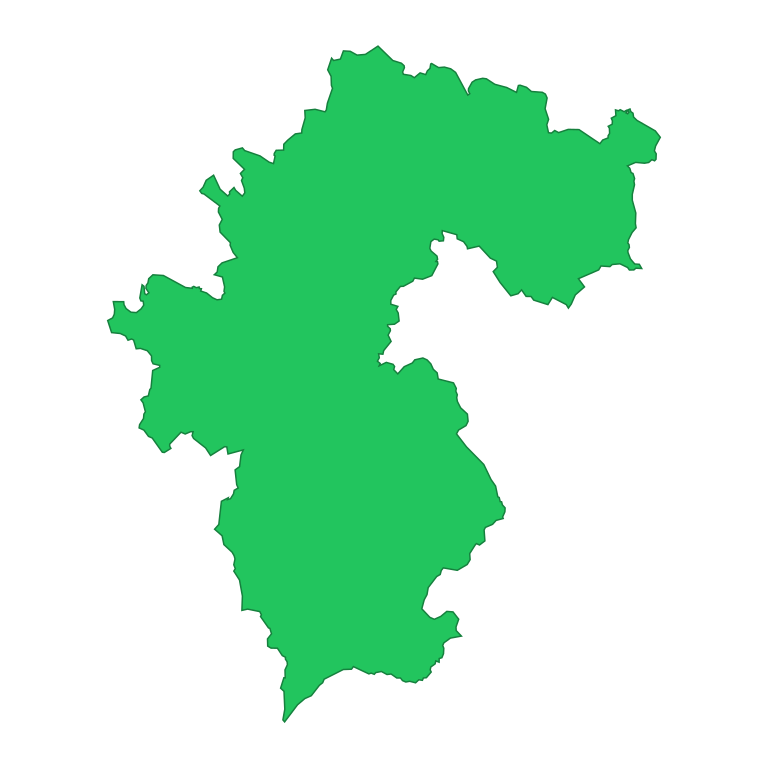 the district of Tullow Lea-6, Carlow, Ireland
{"feature_id": "5873133B62819927990234", "entity_name": "Tullow Lea-6", "entity_type": "district", "adm_level": 2, "iso_a3": "IRL", "parent_name": "Ireland", "parent_adm1": "Carlow", "projection": "mercator", "projection_center": [-6.709, 52.768], "detail": "fine", "context": "isolated", "style": "filled", "palette": "green", "viewbox_px": 768, "rotation_deg": 0, "n_neighbors": 0, "source": "geoboundaries", "source_scale": "gbopen_adm2", "svg_char_len": 6071}
<svg xmlns="http://www.w3.org/2000/svg" viewBox="0 0 768 768"><path d="M343.4,50.9L340.4,59.1L333.6,60.5L331.6,58.2L327.7,69.8L331.1,76.4L331.4,85.3L332.5,88.3L327.4,103.2L326.3,110.0L325.0,111.8L315.1,109.3L304.8,110.5L305.2,117.9L301.9,129.5L301.7,133.0L295.3,133.9L287.8,140.1L283.8,144.2L283.6,150.1L276.2,150.3L274.3,153.4L274.1,155.2L275.1,156.1L273.5,163.6L269.2,162.2L260.0,155.9L244.7,150.6L242.4,147.9L235.2,149.9L233.3,151.8L233.2,158.4L244.5,169.3L240.4,173.5L242.8,177.7L241.5,180.5L244.3,188.2L244.8,192.8L242.3,196.2L235.7,190.4L234.0,187.5L229.5,191.8L229.7,194.1L227.7,196.0L220.1,189.2L213.6,175.2L206.2,180.3L203.1,187.2L199.8,190.8L201.7,193.4L204.0,194.0L219.9,206.0L218.6,208.3L218.4,212.0L222.2,219.4L219.3,225.0L220.1,232.1L230.4,242.7L230.1,245.2L233.2,252.5L237.4,257.7L222.0,262.9L218.0,266.8L217.2,272.0L214.3,274.7L222.4,277.0L224.6,286.9L224.0,291.3L224.9,293.1L222.4,295.3L221.6,299.2L217.0,299.8L212.5,297.7L206.6,293.0L200.7,291.0L201.4,288.7L199.4,288.5L199.1,287.0L196.3,287.7L193.8,286.4L192.2,287.2L192.3,288.3L185.5,287.5L163.4,275.5L152.9,274.8L148.7,278.7L147.9,283.0L146.2,285.4L145.9,288.3L148.9,292.8L146.4,294.8L144.7,293.7L144.0,286.3L142.1,284.8L139.8,298.0L140.9,300.9L143.2,301.2L143.7,305.2L141.1,308.9L136.4,312.6L130.9,312.2L126.1,308.6L124.0,304.7L123.7,301.7L113.3,301.6L114.7,309.4L114.3,314.2L112.6,317.9L107.7,320.5L111.6,332.6L120.3,333.5L125.6,336.0L128.0,340.2L131.6,339.0L133.6,340.0L136.2,348.8L140.4,348.4L147.3,350.7L151.5,355.9L151.6,360.6L153.1,363.8L159.7,365.4L159.7,367.3L152.7,370.5L151.0,388.1L149.8,389.6L148.3,395.9L144.0,397.0L140.9,399.8L143.1,402.8L145.4,411.8L143.9,414.1L143.5,418.5L139.6,424.6L139.1,427.9L143.9,430.1L148.5,436.4L152.2,438.0L162.3,452.2L164.3,452.5L170.9,448.4L169.7,446.2L169.7,444.1L181.0,432.2L185.2,434.0L190.6,431.7L193.1,431.7L192.1,435.6L193.6,438.5L205.6,447.9L210.6,455.5L224.6,446.7L226.8,446.9L228.0,454.0L243.3,449.9L241.0,455.0L239.6,466.6L235.1,469.9L236.7,484.7L238.2,488.0L234.2,490.3L233.5,493.9L230.5,498.7L227.6,499.6L228.2,497.8L221.4,501.3L218.8,524.5L214.6,529.2L222.1,535.8L223.9,544.6L232.1,552.2L234.1,555.7L235.0,558.9L233.8,564.8L235.3,568.6L233.8,571.1L239.5,580.0L242.4,596.0L241.9,610.4L247.6,609.1L259.8,611.6L261.4,614.9L260.5,616.5L268.5,627.9L269.9,628.4L271.5,633.8L267.5,638.9L267.7,646.1L271.0,648.1L277.4,648.2L282.3,655.6L285.5,657.3L285.4,659.1L287.1,661.7L287.4,664.7L285.0,669.9L285.2,677.8L283.9,677.7L280.6,688.2L284.0,691.3L284.8,709.2L282.9,719.9L284.6,721.9L297.5,704.8L304.8,698.6L311.3,695.7L319.4,685.3L322.7,682.7L324.1,679.2L343.3,669.5L351.5,669.2L353.4,666.6L368.9,673.9L371.1,673.1L374.3,674.3L375.7,672.6L381.4,671.5L387.0,674.5L391.1,674.0L396.8,678.0L400.5,678.0L402.5,680.6L405.8,682.0L409.7,681.3L415.6,682.8L418.8,679.8L422.4,680.3L423.4,678.0L426.4,677.7L431.2,672.0L430.2,669.9L430.8,667.0L435.1,663.9L435.8,660.9L439.1,662.2L439.2,658.5L441.9,657.7L443.5,653.7L443.8,648.2L442.7,645.5L443.9,642.8L450.4,638.1L461.4,636.1L456.2,630.6L456.0,627.0L458.7,619.2L453.0,611.9L446.8,611.4L440.8,616.4L434.3,619.3L429.8,617.3L421.8,608.8L424.2,599.8L427.0,594.6L428.2,587.6L436.7,576.5L440.2,574.5L441.3,570.4L443.3,567.9L457.3,570.3L467.2,564.5L470.1,559.7L469.7,553.6L475.0,545.2L476.4,543.6L479.5,545.0L484.9,540.9L484.1,530.0L485.4,527.4L492.6,524.3L496.1,520.4L503.2,518.5L502.6,517.0L504.9,511.8L505.1,507.9L502.4,504.9L501.6,501.8L500.2,501.6L499.2,497.5L497.8,496.8L495.6,486.1L491.0,479.5L483.8,464.5L466.5,446.9L456.5,433.9L458.6,430.0L466.0,425.6L468.1,421.3L467.4,414.1L460.6,407.8L457.4,401.5L456.7,397.7L457.3,394.7L455.8,391.2L456.3,388.4L453.5,382.9L438.2,379.0L437.2,372.9L433.3,369.3L430.8,363.8L427.1,359.9L422.9,358.0L414.8,359.8L412.3,363.0L404.2,366.7L397.8,373.9L393.7,369.6L394.6,366.5L393.0,364.3L386.3,362.4L379.2,365.8L380.2,363.5L377.4,361.2L379.3,357.8L378.6,353.8L382.9,354.2L383.7,350.6L391.1,341.4L388.1,335.1L390.4,330.7L390.2,328.7L387.6,326.3L387.6,324.7L394.5,324.2L399.1,321.0L398.2,313.0L396.2,309.5L397.9,306.4L390.8,304.2L390.8,300.5L393.6,295.1L396.0,294.0L395.9,291.9L400.4,286.4L403.4,286.3L412.8,281.2L414.4,278.1L422.6,279.2L431.8,275.6L437.9,263.9L437.5,261.7L435.9,261.5L437.6,259.3L437.0,256.1L431.1,251.0L429.8,248.3L430.9,241.6L434.2,239.1L438.1,239.8L439.1,241.2L443.4,240.8L443.8,237.3L442.1,233.5L442.3,230.6L456.8,234.7L457.2,238.8L463.6,241.7L467.1,246.5L467.5,248.8L479.2,246.1L490.3,258.1L496.5,261.1L497.4,267.3L493.2,271.6L500.1,282.5L510.8,295.8L518.1,293.7L521.6,289.9L526.1,296.4L531.1,296.5L533.7,300.1L547.9,304.6L552.4,297.4L566.3,304.6L568.4,308.1L571.3,304.0L575.3,294.9L584.5,286.9L578.4,278.7L598.7,269.9L601.0,266.0L609.9,266.6L612.2,264.5L620.0,263.8L627.6,267.5L629.4,270.0L633.9,269.9L635.9,268.2L641.7,268.5L639.3,264.3L634.8,264.0L632.5,261.4L630.4,258.8L628.0,252.5L627.8,250.6L629.4,247.4L629.0,244.5L627.8,243.0L628.5,239.6L632.1,232.5L636.1,227.8L635.4,223.6L635.8,213.0L632.3,200.2L632.3,194.4L634.5,184.8L633.9,181.1L634.6,178.6L633.0,173.5L631.1,172.6L629.8,168.3L627.4,165.9L635.6,162.4L644.5,163.2L648.7,162.5L651.8,159.7L654.6,160.8L656.0,159.3L656.2,153.8L654.4,150.9L655.6,146.0L660.3,137.3L655.3,130.9L637.0,120.4L633.6,117.1L633.0,113.2L630.8,111.6L630.0,109.0L627.6,110.0L629.0,112.2L627.7,113.8L626.0,112.9L626.9,111.8L626.3,110.4L624.1,111.7L620.2,109.7L618.5,110.8L615.5,109.9L615.9,115.7L611.3,118.2L612.4,120.9L612.2,124.2L608.2,126.3L609.4,128.3L609.6,133.4L608.1,135.8L608.1,137.9L602.7,140.0L599.9,143.7L579.0,129.6L568.2,129.4L558.6,132.6L554.7,130.5L551.5,133.1L548.5,132.7L546.8,124.8L548.6,119.3L545.1,108.7L547.1,98.0L545.4,94.1L542.3,92.3L531.4,91.5L526.5,87.3L520.1,85.2L518.4,85.5L516.5,92.4L506.7,87.5L494.8,84.3L486.4,78.8L482.7,78.3L475.6,79.9L472.1,82.2L468.5,88.7L468.4,90.9L469.8,93.7L467.8,95.1L455.6,72.4L450.7,68.8L444.4,67.1L438.6,67.6L431.6,63.5L430.7,64.0L430.0,68.4L427.4,70.8L425.7,74.6L420.1,72.9L414.3,77.7L410.9,75.5L403.4,74.3L402.6,72.0L404.4,67.7L404.1,65.7L401.4,63.2L392.8,60.5L378.0,46.1L365.4,54.4L357.1,55.1L350.2,51.3L343.4,50.9Z" fill="#22c55e" stroke="#15803d" stroke-width="1.5"/></svg>